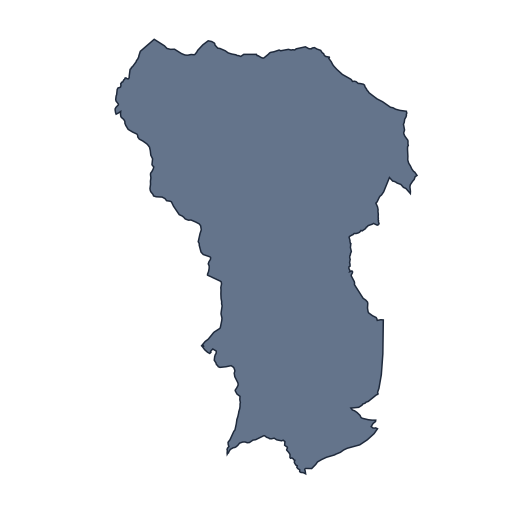 the district of Tomesti, Timis, Romania, rotated 185°
{"feature_id": "2599482B57417690654468", "entity_name": "Tomesti", "entity_type": "district", "adm_level": 2, "iso_a3": "ROU", "parent_name": "Romania", "parent_adm1": "Timis", "projection": "mercator", "projection_center": [22.341, 45.744], "detail": "fine", "context": "isolated", "style": "filled", "palette": "slate", "viewbox_px": 512, "rotation_deg": 185, "n_neighbors": 0, "source": "geoboundaries", "source_scale": "gbopen_adm2", "svg_char_len": 6068}
<svg xmlns="http://www.w3.org/2000/svg" viewBox="0 0 512 512"><g transform="rotate(185 256 256)"><path d="M389.1,449.8L390.1,445.4L390.2,444.1L391.0,441.9L392.1,440.2L392.3,439.1L395.6,433.7L396.5,433.1L396.7,431.9L397.7,431.0L398.0,424.0L397.8,422.9L398.5,421.4L399.7,421.3L401.1,422.1L401.9,421.9L402.3,420.5L403.0,420.0L404.0,417.7L405.1,417.3L405.3,416.4L405.8,415.8L405.4,414.2L405.7,412.5L406.2,412.1L408.1,411.4L408.8,409.8L408.9,404.5L409.3,403.2L409.4,399.6L408.9,398.1L406.5,395.6L406.3,395.1L406.4,394.4L408.3,392.1L409.1,390.5L409.1,389.3L408.4,386.6L407.7,385.1L405.5,386.5L403.4,388.2L403.4,385.9L402.9,383.5L402.3,382.4L399.8,380.6L398.7,379.2L398.3,378.3L398.2,376.9L397.1,374.7L394.4,371.0L389.7,368.7L385.3,367.1L384.5,366.1L384.1,364.2L382.5,362.3L378.8,360.7L375.2,358.6L373.9,357.7L371.6,355.2L370.5,351.8L369.6,347.3L367.5,343.8L367.6,338.0L367.2,337.3L365.6,335.8L366.0,333.7L367.1,331.0L368.2,329.3L368.2,327.8L367.5,324.6L367.7,321.4L367.3,318.2L367.5,313.9L367.0,312.0L366.3,310.7L364.0,308.4L363.3,306.9L360.6,306.3L354.6,306.5L351.6,305.2L349.9,303.3L346.3,303.1L345.0,302.6L342.5,298.4L336.1,290.5L333.0,289.4L331.2,288.2L330.0,286.9L329.0,286.5L326.4,285.8L323.9,286.2L318.8,284.5L315.3,283.0L313.8,281.3L312.8,277.3L313.7,273.5L314.8,265.2L313.6,263.4L313.5,261.8L311.1,255.1L308.7,252.9L302.0,251.2L301.2,250.7L301.0,250.2L301.1,248.6L302.3,246.3L302.9,244.0L301.8,242.1L301.6,239.8L301.9,236.4L302.7,233.7L302.6,232.7L289.5,227.9L288.4,227.2L287.9,225.2L288.3,221.5L287.9,219.0L287.7,215.3L287.1,210.7L286.2,207.5L286.1,205.4L285.4,203.4L285.8,197.0L285.8,195.2L284.5,191.2L284.5,188.7L285.3,181.7L285.5,181.1L286.0,180.5L290.9,176.7L291.7,175.8L296.3,169.0L299.2,166.4L302.4,161.8L301.8,161.3L301.5,161.6L301.6,161.9L300.7,162.2L300.3,161.6L301.3,160.8L298.9,158.1L295.9,155.9L293.6,154.9L292.5,156.2L293.0,157.0L291.0,159.6L287.4,157.9L287.2,157.0L287.3,155.2L287.9,154.4L288.4,152.1L288.5,148.5L286.7,146.2L285.9,144.3L284.9,143.7L283.9,142.4L282.2,141.9L276.1,143.1L271.2,144.6L268.8,143.2L268.3,142.7L267.1,140.1L267.1,139.1L267.5,137.4L266.6,133.9L263.0,128.1L262.6,126.6L262.7,125.3L264.0,122.3L264.8,121.1L265.0,120.0L262.9,116.8L259.7,114.8L259.6,111.4L258.8,108.7L259.0,107.3L258.8,104.9L258.9,102.6L259.6,99.2L259.6,98.2L260.1,94.4L260.8,91.5L261.0,87.1L261.8,80.9L262.8,79.4L265.9,70.7L267.6,68.0L267.3,65.9L266.4,63.8L267.6,62.2L268.0,60.8L267.6,59.6L267.6,57.2L267.4,56.1L267.0,57.0L266.3,57.4L265.9,58.9L264.7,61.1L262.0,63.0L260.4,63.4L259.3,64.1L257.7,65.7L256.1,68.1L253.1,69.5L250.6,69.8L248.5,69.2L246.3,69.6L243.0,72.3L240.3,73.0L232.5,77.7L231.8,77.7L229.6,76.3L227.4,75.8L226.7,75.2L224.8,75.2L222.0,76.1L219.4,74.7L214.4,74.1L212.9,74.9L211.0,73.6L211.0,70.0L208.1,68.2L208.0,67.2L208.6,66.0L208.5,65.3L206.3,63.2L205.1,61.7L204.8,61.1L204.6,58.2L203.9,57.5L202.9,57.9L202.1,57.7L201.2,57.2L200.8,56.4L199.5,55.9L199.8,54.7L199.8,53.6L198.1,51.2L196.6,50.6L196.9,49.1L195.9,47.9L193.8,46.8L193.7,45.0L192.4,44.3L190.0,44.3L187.6,43.3L188.3,46.3L188.9,47.3L188.7,48.1L187.9,48.7L182.0,49.1L178.3,53.6L176.8,56.2L172.8,59.0L168.3,61.6L160.1,64.8L159.8,65.2L154.8,67.8L151.8,70.4L148.4,72.4L136.2,76.9L129.1,82.6L122.9,89.3L119.9,94.5L121.8,95.2L123.2,94.8L124.4,94.8L126.4,96.1L124.9,99.2L122.5,101.6L122.4,102.9L126.1,102.6L129.9,102.7L135.9,103.6L137.3,104.2L138.5,106.3L141.7,108.9L144.3,110.4L146.6,111.0L148.2,112.8L140.5,114.2L137.4,116.6L136.8,117.8L134.5,118.9L133.6,120.0L131.5,120.9L123.7,128.4L122.7,128.7L122.4,129.3L122.9,130.3L122.9,131.3L122.0,134.8L120.8,148.6L121.1,169.5L123.6,203.4L126.1,203.4L129.6,202.4L130.2,204.1L131.0,205.2L134.8,206.7L138.9,209.2L139.5,210.3L140.4,213.9L140.5,218.4L140.9,219.8L142.8,221.6L145.6,223.2L155.4,236.0L155.5,237.9L155.9,239.1L159.4,244.5L159.4,245.5L158.5,247.6L158.4,248.6L159.2,249.5L161.3,248.5L161.0,249.4L162.4,251.7L162.5,253.2L161.4,254.1L161.7,256.3L162.2,257.5L161.9,260.9L162.5,262.4L162.6,264.4L162.1,265.2L162.1,266.6L161.4,268.7L162.7,272.7L162.6,276.4L162.9,276.3L163.8,279.1L163.7,279.6L164.9,282.8L164.6,283.6L162.2,285.3L161.5,285.5L160.2,287.0L158.3,287.1L156.2,287.9L154.9,288.7L153.6,290.6L152.5,290.2L149.3,292.8L148.6,294.3L147.6,295.0L147.1,295.9L146.4,296.3L143.2,297.7L141.7,298.7L138.0,297.3L137.1,297.6L137.0,298.1L136.2,298.8L137.1,301.0L137.0,301.9L137.5,302.8L137.4,304.4L137.7,305.3L137.8,308.3L138.4,311.0L138.4,312.7L139.2,315.5L141.2,319.1L140.1,320.4L138.2,325.5L137.6,326.5L136.3,327.7L134.4,331.1L129.9,345.8L126.3,342.5L124.9,342.4L123.2,341.8L121.9,341.0L117.9,339.9L115.1,337.2L112.5,336.3L107.7,331.7L107.8,334.0L108.7,338.2L108.5,340.4L106.5,344.1L105.1,346.0L104.4,348.8L102.6,350.3L105.2,353.4L106.4,354.0L108.4,356.3L110.0,359.1L112.0,361.8L113.2,364.9L113.4,368.6L114.4,375.8L114.5,378.2L113.9,379.3L114.4,380.9L114.6,383.7L114.9,384.6L118.2,388.4L119.4,390.6L119.6,391.7L119.0,394.5L120.6,400.1L120.0,401.9L119.8,405.2L118.7,407.6L118.4,409.2L118.6,410.1L118.2,411.6L118.7,412.6L118.8,413.3L125.2,413.6L129.7,414.4L132.4,415.6L135.0,415.9L143.3,420.7L149.2,423.1L157.7,428.5L158.6,429.8L159.8,430.7L160.2,431.6L162.2,434.1L162.8,435.7L164.1,436.5L167.3,436.9L169.2,436.8L171.5,438.4L173.2,438.7L175.1,438.3L176.3,439.9L177.2,440.5L185.8,444.4L191.7,448.9L194.9,451.8L196.3,453.4L198.0,456.1L200.7,459.2L200.2,460.2L200.3,460.5L204.2,460.9L205.6,462.1L206.3,463.5L207.8,464.3L209.5,466.5L213.4,467.5L215.9,468.7L218.2,468.1L218.7,467.3L220.3,467.1L221.6,467.2L225.0,468.7L234.0,465.9L235.4,464.6L237.4,464.7L239.0,464.2L241.7,464.7L249.3,462.6L250.9,463.2L256.0,461.0L259.2,460.1L260.1,459.5L261.4,457.9L265.3,454.1L266.2,453.7L268.2,454.2L271.3,455.7L272.3,455.7L273.1,456.9L285.8,455.8L288.5,453.5L290.9,454.1L292.4,454.1L293.5,454.7L297.7,455.1L301.4,455.9L304.6,457.8L310.0,459.6L312.2,459.7L315.2,462.5L315.7,464.1L316.1,464.5L318.8,465.8L322.4,466.2L327.3,461.8L332.0,455.8L332.7,454.1L334.4,451.5L335.2,451.1L338.2,451.1L341.4,450.1L342.9,450.0L344.5,450.1L348.0,451.2L355.2,454.9L359.2,454.4L362.8,455.0L365.5,457.4L376.3,463.0L389.1,449.8Z" fill="#64748b" stroke="#1e293b" stroke-width="1.5"/></g></svg>